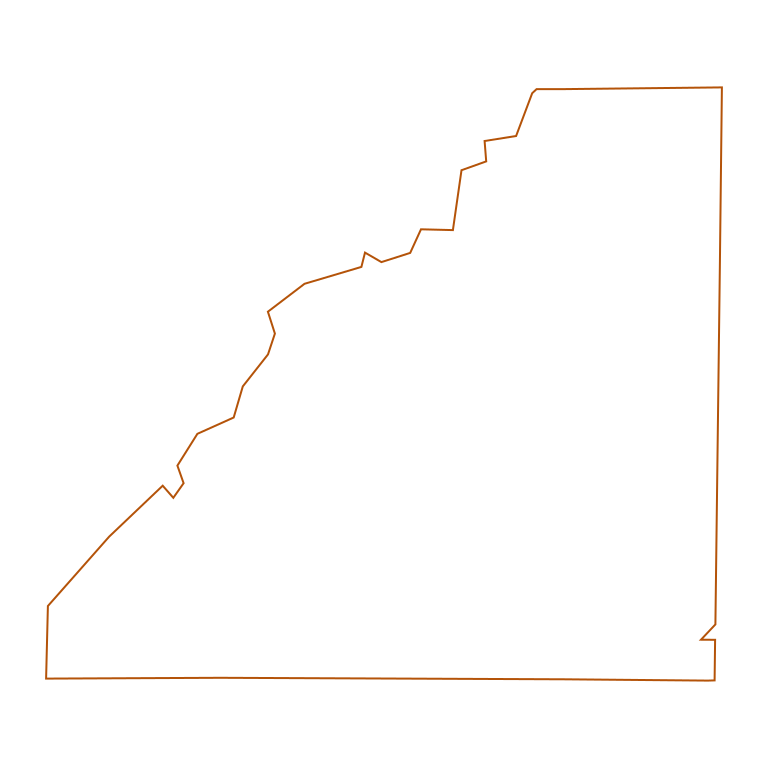 outline of Mitchell, Georgia, United States of America
{"feature_id": "52423323B1848134729501", "entity_name": "Mitchell", "entity_type": "district", "adm_level": 2, "iso_a3": "USA", "parent_name": "United States of America", "parent_adm1": "Georgia", "projection": "natural_earth1", "projection_center": [-84.237, 31.26], "detail": "fine", "context": "isolated", "style": "outline", "palette": "amber", "viewbox_px": 768, "rotation_deg": 0, "n_neighbors": 0, "source": "geoboundaries", "source_scale": "gbopen_adm2", "svg_char_len": 565}
<svg xmlns="http://www.w3.org/2000/svg" viewBox="0 0 768 768"><path d="M564.8,679.3L707.8,680.6L714.6,680.4L715.1,639.8L701.0,639.7L715.4,624.4L719.9,263.4L721.9,87.4L565.6,89.1L536.6,89.1L532.2,93.2L516.1,136.0L484.6,141.0L486.2,161.4L461.5,170.2L452.9,230.1L421.0,229.3L410.2,252.9L381.4,262.1L365.0,252.6L361.4,266.9L304.5,283.8L267.9,311.7L274.9,333.6L268.0,354.4L242.8,386.4L233.7,417.5L197.4,433.8L177.4,465.6L183.6,483.2L173.3,497.8L162.7,485.7L109.2,536.6L47.9,606.0L46.1,678.6L220.3,677.8L564.8,679.3Z" fill="none" stroke="#b45309" stroke-width="2"/></svg>